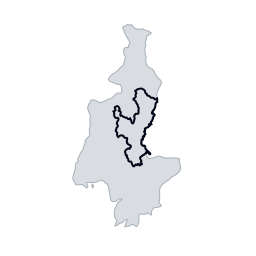 North Korea, with Hamgyŏng-namdo highlighted, rotated 323°
{"feature_id": "PRK-3311", "entity_name": "Hamgyŏng-namdo", "entity_type": "Province", "adm_level": 1, "iso_a3": "PRK", "parent_name": "North Korea", "parent_adm1": "", "projection": "orthographic", "projection_center": [127.614, 40.189], "detail": "fine", "context": "in_parent", "style": "outline", "palette": "ink", "viewbox_px": 256, "rotation_deg": 323, "n_neighbors": 0, "source": "natural_earth", "source_scale": "10m", "svg_char_len": 8914}
<svg xmlns="http://www.w3.org/2000/svg" viewBox="0 0 256 256"><g transform="rotate(323 128 128)"><path d="M150.6,183.7L149.7,184.2L148.2,186.9L146.8,190.3L145.5,192.2L144.0,193.2L142.3,193.8L138.9,194.1L135.9,193.8L135.0,193.5L130.8,193.7L129.7,193.9L123.7,193.7L120.6,193.9L118.6,194.6L116.6,195.9L114.8,198.0L113.3,200.2L110.1,204.2L107.9,206.1L107.9,209.0L107.8,209.8L107.1,210.4L106.8,210.1L105.5,209.9L100.5,207.3L96.3,208.8L95.2,210.8L94.1,211.5L92.5,207.4L89.7,207.2L85.5,203.6L83.6,204.3L83.1,205.7L80.7,208.9L77.3,211.5L76.2,211.9L75.0,211.6L75.2,210.9L73.9,207.8L68.7,206.5L66.8,205.1L65.9,204.8L71.1,201.6L72.5,201.0L71.5,200.2L70.4,199.8L66.2,200.2L64.0,199.0L60.8,199.3L58.6,198.3L63.3,195.2L63.6,193.2L63.6,191.7L66.0,187.4L68.4,185.0L74.5,181.7L77.1,181.3L79.0,181.5L80.6,181.2L79.0,179.9L77.4,179.2L74.3,179.3L71.1,177.2L70.9,175.1L77.5,162.0L77.6,160.8L76.7,157.6L76.5,154.4L72.1,152.5L70.1,152.2L64.6,148.5L62.4,146.7L61.4,147.2L61.2,150.0L60.4,150.6L58.9,151.1L58.2,147.8L57.1,145.4L53.4,142.9L52.1,141.6L52.9,138.8L52.6,138.5L53.3,135.3L55.6,133.0L61.4,128.8L62.9,126.8L65.8,124.5L67.1,124.5L68.4,124.4L68.8,123.3L69.2,122.5L70.3,121.8L73.1,120.5L76.2,118.9L78.7,118.4L81.8,115.9L83.1,114.8L84.3,114.8L84.7,114.3L85.4,112.9L86.4,112.1L87.7,111.9L89.9,111.3L92.7,111.0L94.6,108.8L95.2,107.2L96.5,105.5L99.1,103.7L101.0,100.9L103.0,97.9L103.9,96.9L104.9,96.7L105.4,95.6L106.1,92.4L107.1,89.3L107.6,87.8L109.9,86.2L110.5,85.4L111.0,85.2L112.1,85.4L113.5,84.5L114.8,83.4L116.1,83.8L117.3,84.7L118.6,86.4L119.1,87.8L120.1,89.0L120.3,90.6L121.3,91.4L123.5,91.8L127.1,92.9L129.4,93.0L130.7,93.8L133.4,94.3L138.9,93.6L141.2,94.0L142.1,95.1L143.5,95.9L144.4,95.9L145.6,94.5L146.9,92.1L147.8,90.4L147.7,88.9L147.0,87.4L145.2,86.0L144.0,83.8L142.8,81.6L142.1,80.8L141.6,79.7L141.5,78.0L141.9,76.9L144.6,76.1L148.1,75.6L150.9,76.1L155.6,75.7L158.5,75.1L160.6,75.1L162.6,75.1L163.4,74.1L166.2,71.7L167.5,70.9L168.9,69.3L169.1,67.6L169.4,66.3L170.2,64.8L171.6,63.0L172.8,62.2L174.1,62.2L175.6,63.0L176.5,63.8L177.5,63.6L178.3,62.2L178.9,61.9L180.5,61.7L181.0,60.9L181.6,56.7L182.1,53.5L182.2,51.2L183.5,47.5L183.9,45.2L184.8,44.1L185.8,44.2L186.6,44.8L187.7,45.2L189.1,44.8L190.1,45.3L190.7,46.5L192.8,47.3L193.0,47.9L193.1,52.0L194.3,53.8L195.9,55.5L198.0,57.0L199.2,57.3L199.9,58.4L200.6,60.3L202.1,62.1L203.0,63.5L203.2,64.9L203.9,65.7L202.7,66.6L201.1,66.1L198.5,65.9L195.2,68.8L193.4,69.8L192.2,72.6L189.6,74.3L188.2,76.0L186.4,79.1L185.3,82.0L182.5,85.1L180.9,88.8L180.9,92.0L182.8,95.2L183.0,98.0L181.9,103.8L182.8,109.8L182.0,112.2L173.3,116.6L171.0,118.7L167.8,124.2L163.9,126.2L161.4,128.5L158.0,129.8L155.9,133.7L153.5,135.8L150.6,137.2L148.5,138.9L143.7,139.0L140.3,140.2L137.9,143.4L130.6,147.0L129.6,149.7L130.0,154.0L130.1,157.2L129.4,159.9L127.8,159.1L127.0,160.0L126.0,162.4L126.3,165.2L128.8,166.2L130.9,167.3L133.8,167.9L135.9,169.2L140.5,175.1L144.3,177.7L145.3,178.6L147.4,179.9L149.4,181.9L150.6,183.7ZM65.3,153.8L63.9,154.7L63.9,153.0L65.0,151.7L66.1,151.6L65.3,153.8Z" fill="#d9dde1" stroke="#a8b0b8" stroke-width="1"/><path d="M169.0,121.8L168.9,122.1L168.8,122.4L167.9,123.5L167.1,124.8L165.9,124.7L164.6,125.2L162.8,127.2L161.9,128.0L161.1,128.2L160.7,128.6L159.9,128.9L159.5,128.9L159.2,129.3L158.5,129.1L157.7,129.4L157.3,130.0L156.9,130.1L156.9,129.8L156.5,130.0L156.0,130.5L156.0,131.3L156.3,131.5L157.0,131.8L157.1,132.1L157.2,132.3L157.1,132.8L157.2,133.5L156.9,133.7L156.3,134.2L156.1,134.2L155.8,134.0L155.3,134.0L155.1,134.2L154.2,134.7L154.1,135.2L153.9,135.4L153.5,135.7L152.7,135.7L152.0,136.5L151.6,136.7L151.1,136.9L150.6,136.8L149.9,136.9L149.3,137.9L149.0,139.1L148.4,139.0L147.9,137.9L147.5,137.6L146.8,137.9L146.6,138.2L146.8,139.1L146.6,139.1L146.0,139.1L145.8,139.1L145.5,139.2L145.1,139.5L144.9,139.5L144.6,139.5L144.5,139.2L141.2,138.6L141.1,138.8L141.1,139.2L141.0,139.4L140.8,139.6L140.6,139.7L140.4,139.8L140.2,139.9L139.8,140.6L139.6,140.9L139.4,141.0L138.8,140.6L138.4,141.3L138.4,141.9L138.3,143.2L138.0,143.5L135.8,143.7L136.1,144.0L136.1,144.3L135.3,144.7L134.4,144.6L133.7,144.9L133.3,145.9L132.9,146.2L132.5,145.8L131.9,145.5L131.5,146.1L131.2,146.2L130.8,146.6L130.4,146.9L130.1,147.7L129.4,148.1L129.2,148.4L129.2,148.6L129.0,149.1L128.9,149.4L128.9,149.7L129.0,150.1L129.1,150.9L129.2,151.2L129.3,151.4L129.6,151.3L130.2,151.6L130.6,152.2L130.7,152.9L129.8,154.3L129.4,155.6L129.8,157.8L130.4,160.9L130.4,161.8L130.2,162.1L129.9,162.3L129.7,162.2L129.4,161.8L129.4,161.4L129.5,160.9L129.9,160.1L129.1,158.9L129.0,158.4L128.8,158.1L128.5,158.0L128.1,158.2L127.4,158.9L127.4,159.0L127.0,158.8L126.9,158.8L126.7,158.8L125.9,158.8L124.7,159.0L123.5,158.7L122.7,158.7L121.4,158.9L120.5,158.7L120.4,158.7L120.2,158.8L119.8,159.0L119.6,159.2L119.4,159.4L119.3,159.6L119.2,159.9L119.1,160.9L118.9,161.6L118.8,162.2L118.8,162.4L118.7,162.6L118.4,162.9L118.2,163.0L117.5,163.2L117.4,163.3L117.3,163.6L117.4,164.1L117.5,164.7L117.5,164.8L117.5,165.1L117.2,165.3L116.7,165.0L116.4,165.0L116.0,164.9L115.3,165.1L115.2,165.1L114.8,164.9L114.7,164.8L114.7,164.6L114.8,164.0L114.9,163.8L114.8,163.5L114.8,163.2L114.6,163.0L114.5,162.8L114.3,162.7L114.2,162.7L113.8,162.7L113.6,162.7L113.4,162.8L113.2,163.1L112.9,163.2L112.7,162.9L112.6,162.6L112.5,162.2L112.4,162.1L112.1,161.8L111.9,161.8L111.6,161.8L111.4,161.8L111.2,161.9L110.4,162.2L110.1,162.3L109.9,162.3L109.8,162.2L109.6,162.1L109.4,161.9L109.2,161.6L109.2,161.4L109.2,161.0L109.2,160.5L109.8,158.4L110.1,157.4L110.2,157.2L110.1,156.7L109.9,156.4L109.0,155.6L108.8,155.3L108.7,155.1L108.6,154.9L108.6,154.7L108.7,154.3L108.9,153.7L109.1,153.5L109.3,153.2L109.5,152.9L109.6,152.7L109.6,152.3L109.6,152.1L109.6,151.9L109.4,151.4L109.4,151.2L109.4,150.9L109.6,150.6L110.6,149.6L110.6,149.3L110.6,149.1L110.0,148.9L109.9,148.8L109.8,148.6L109.9,148.3L110.2,147.7L110.6,147.1L110.7,146.9L110.8,146.7L111.1,145.6L111.2,145.3L111.4,145.1L111.5,144.9L111.9,144.7L112.2,144.6L113.6,144.3L115.1,144.3L115.5,144.4L115.8,144.5L116.0,144.6L116.5,145.4L116.6,145.5L116.9,145.6L117.1,145.5L117.2,145.4L117.4,145.1L117.6,145.0L117.7,144.9L118.7,144.9L118.9,144.8L119.0,144.7L119.2,144.4L119.4,144.1L119.4,143.9L119.5,143.7L119.4,143.3L119.3,143.0L118.6,141.7L118.5,141.4L118.2,140.2L118.1,139.8L118.1,139.6L118.2,139.4L118.3,139.3L118.6,139.2L118.8,138.9L118.8,138.7L118.8,138.4L118.8,138.1L118.9,137.8L120.7,136.4L120.9,136.1L121.0,135.9L121.1,135.7L121.1,135.3L121.0,135.1L120.7,134.9L119.8,134.3L119.6,134.1L119.5,133.8L119.4,133.3L119.3,132.4L119.3,132.2L119.5,131.8L119.5,131.7L119.5,131.3L119.5,131.2L119.3,131.0L118.2,129.8L118.0,129.7L117.7,129.5L117.2,129.4L116.9,129.3L114.7,129.4L114.7,128.9L114.7,128.4L114.8,127.8L115.0,127.3L115.4,126.5L116.0,125.9L116.5,125.2L116.5,124.3L116.4,123.1L116.7,122.6L117.3,122.3L118.0,121.8L118.4,121.4L118.7,121.2L119.0,121.0L119.5,120.8L120.6,120.7L120.9,120.5L121.3,119.8L121.7,118.0L122.2,117.2L124.1,116.1L125.1,115.8L125.4,115.6L125.7,115.3L125.9,115.0L126.0,114.6L126.0,113.9L125.7,113.5L124.8,113.1L124.2,112.4L124.1,111.3L124.3,110.1L124.7,109.3L125.9,108.0L126.2,107.2L126.4,106.0L127.3,106.3L128.3,106.3L128.8,106.2L129.1,105.8L129.2,105.2L129.3,104.6L129.7,103.7L130.3,103.4L132.0,103.8L132.8,104.2L133.1,105.0L133.1,106.0L132.9,107.2L132.8,107.7L132.7,108.0L132.4,108.3L132.0,108.4L131.3,108.4L131.0,108.6L131.1,109.0L131.7,110.0L131.8,110.8L131.4,111.5L129.9,112.7L129.6,113.0L129.4,113.4L129.4,113.8L129.7,113.9L130.2,114.0L130.5,114.3L130.6,114.7L130.8,115.6L130.9,116.0L131.9,117.7L132.1,118.1L132.4,118.3L132.7,118.4L132.9,118.7L133.2,119.1L133.3,120.3L133.5,120.8L133.6,121.1L133.9,121.3L134.1,121.4L134.4,121.5L135.2,121.5L135.5,121.6L135.3,122.0L135.1,122.4L135.1,122.7L135.2,123.0L135.2,123.5L135.2,123.9L135.0,124.2L134.6,124.7L134.4,125.1L134.3,125.4L134.3,126.3L134.3,126.9L134.5,127.2L134.8,127.3L135.2,127.2L136.7,126.3L138.9,124.5L139.3,124.1L139.5,123.6L139.6,123.1L139.8,122.7L140.0,122.3L140.3,122.0L142.2,121.4L142.6,121.3L142.9,121.4L143.2,121.6L143.9,122.3L144.6,122.6L145.2,122.5L145.9,121.8L146.8,120.4L147.2,119.9L148.3,119.0L148.6,118.5L148.7,118.2L148.8,117.0L149.0,116.6L149.3,115.9L149.5,115.5L149.6,115.0L149.7,114.4L149.7,113.3L149.8,112.8L150.1,111.7L150.2,111.1L150.0,110.3L149.7,109.3L149.5,108.5L149.9,108.0L150.7,108.0L151.6,108.0L152.4,108.0L153.1,107.6L153.4,107.2L153.8,106.3L154.1,105.9L154.5,105.6L155.5,105.3L155.8,104.9L155.9,104.5L155.9,104.0L155.9,103.5L155.9,103.1L156.0,102.7L156.4,102.6L157.4,102.9L157.6,102.9L158.2,102.8L158.6,102.7L158.9,102.8L161.5,103.9L162.4,104.5L163.0,105.3L163.6,106.8L163.8,107.6L163.9,108.4L163.7,109.0L163.2,109.9L163.0,110.5L163.0,111.0L163.3,111.5L163.5,112.0L163.4,112.5L163.1,112.9L163.0,113.4L163.2,113.9L163.5,114.4L164.0,115.0L164.2,115.3L164.3,115.6L164.4,116.0L164.4,116.8L164.5,117.2L164.8,117.8L165.3,118.3L166.2,119.0L166.6,119.5L166.6,119.9L166.6,120.4L166.6,121.0L166.9,121.4L167.3,121.6L167.8,121.7L169.0,121.8Z" fill="none" stroke="#020617" stroke-width="2"/></g></svg>